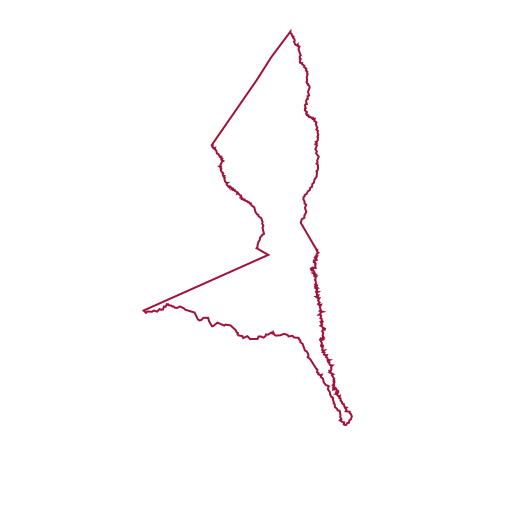 outline of Tahuamanu, Madre de Dios, Peru, rotated 246°
{"feature_id": "86281439B15199345066694", "entity_name": "Tahuamanu", "entity_type": "district", "adm_level": 2, "iso_a3": "PER", "parent_name": "Peru", "parent_adm1": "Madre de Dios", "projection": "albers", "projection_center": [-70.382, -10.903], "detail": "fine", "context": "isolated", "style": "outline", "palette": "rose", "viewbox_px": 512, "rotation_deg": 246, "n_neighbors": 0, "source": "geoboundaries", "source_scale": "gbopen_adm2", "svg_char_len": 6086}
<svg xmlns="http://www.w3.org/2000/svg" viewBox="0 0 512 512"><g transform="rotate(246 256 256)"><path d="M65.9,273.2L68.0,274.5L68.1,276.1L70.6,278.4L73.8,278.3L74.3,277.8L75.6,278.3L77.7,274.8L79.1,276.2L80.6,275.7L80.8,276.8L81.8,275.5L84.9,275.9L85.5,275.0L87.1,274.7L87.4,275.2L89.3,274.8L89.3,275.6L89.7,274.5L91.7,275.3L92.4,274.4L94.1,275.6L94.1,274.4L96.2,273.7L97.0,274.2L97.5,273.1L97.7,274.2L98.3,273.4L99.0,273.8L98.4,275.3L99.4,275.5L98.7,275.9L99.2,276.2L100.0,275.4L101.9,275.2L101.9,274.2L103.5,274.5L103.8,273.8L102.5,272.7L102.6,272.1L104.3,273.2L104.3,273.9L104.8,273.3L105.8,274.5L106.8,273.8L107.1,275.2L108.1,275.2L108.5,276.1L109.7,275.8L110.0,276.8L111.3,276.4L111.9,277.5L116.1,276.9L116.5,278.5L119.9,275.8L120.1,276.7L121.3,276.5L121.0,277.8L121.8,278.8L123.6,279.2L124.3,280.3L125.1,280.1L125.2,281.0L126.2,279.3L128.4,279.2L129.2,279.9L130.2,278.7L131.1,279.5L131.1,280.7L132.0,279.1L133.5,279.8L135.2,278.9L136.6,280.5L137.2,278.8L138.3,278.0L139.7,279.2L141.1,277.8L141.9,280.0L142.3,278.5L143.3,278.3L147.0,280.8L147.4,280.3L146.8,279.0L147.5,278.8L149.6,280.8L151.5,280.6L152.6,281.3L153.4,280.4L154.2,281.4L153.1,281.9L153.3,283.1L152.3,283.2L152.4,283.9L153.1,283.9L153.8,282.8L154.4,283.6L154.0,284.8L156.1,284.5L158.8,286.2L160.4,285.8L161.5,287.5L160.7,288.7L161.5,289.5L162.1,289.0L161.4,288.4L161.8,287.8L164.7,287.8L166.1,286.6L166.7,288.6L169.2,288.3L168.6,289.8L169.1,290.3L170.3,289.6L172.0,290.5L173.0,289.6L174.9,291.2L176.0,291.0L176.7,289.7L177.1,291.5L178.4,292.1L178.0,294.3L179.9,292.1L180.2,293.2L183.3,293.5L185.0,295.6L185.4,293.8L186.9,293.2L187.5,295.2L190.2,294.6L191.7,296.8L192.7,295.2L194.1,294.4L193.5,295.9L194.7,297.0L195.2,295.6L196.4,296.4L197.9,296.3L198.0,298.2L199.1,296.6L200.3,298.1L202.0,297.5L201.7,299.3L202.6,298.9L202.8,297.3L203.9,297.5L204.3,299.8L205.2,299.7L205.9,298.5L206.4,299.4L208.5,300.3L210.3,300.2L210.8,301.1L212.4,301.6L212.9,303.0L214.2,301.1L215.1,301.5L215.1,302.9L217.1,301.2L216.7,303.4L217.6,302.1L218.5,302.7L219.5,301.9L220.6,302.6L220.4,300.9L222.1,300.9L222.4,303.1L220.8,305.6L223.6,306.3L224.4,307.3L225.1,306.9L226.1,307.4L227.0,306.3L228.4,307.0L227.7,309.8L229.4,309.9L230.6,311.4L230.7,310.0L229.8,309.2L230.6,309.0L231.9,311.5L233.0,312.1L233.6,314.3L235.0,313.6L236.1,314.2L235.8,313.1L236.5,313.9L268.3,310.4L271.0,312.9L271.2,315.7L273.2,316.6L275.8,319.9L280.1,320.3L282.4,322.7L284.3,321.7L285.8,322.5L288.8,322.4L290.5,323.5L290.8,324.7L291.8,325.2L292.3,327.8L293.9,329.5L294.4,332.0L296.3,333.4L296.4,335.3L299.0,336.9L299.4,338.6L302.1,340.6L303.8,343.6L307.8,345.8L308.8,345.7L309.2,347.1L311.1,348.5L314.2,349.6L315.7,348.9L316.3,350.2L318.3,350.7L321.2,353.7L325.4,352.7L326.8,354.1L329.5,353.7L332.4,356.8L334.0,355.8L334.3,357.3L335.8,357.1L335.7,358.1L337.0,359.8L339.2,360.9L339.9,360.6L341.4,362.2L343.7,362.4L345.2,363.5L346.9,362.6L348.2,364.2L351.8,364.2L353.5,365.6L355.8,364.2L357.5,365.5L358.0,363.5L359.2,364.1L359.6,362.8L360.9,362.4L361.2,361.0L363.1,360.5L363.3,361.1L364.4,360.3L364.3,359.7L365.8,359.7L366.7,361.1L369.2,359.9L370.9,360.8L370.9,361.6L373.8,362.0L374.5,363.1L374.2,364.2L377.3,364.8L378.6,366.4L378.4,367.2L381.0,368.1L381.0,369.8L384.8,370.2L388.0,373.5L389.9,373.9L391.2,373.0L392.1,373.6L393.1,372.8L394.4,372.9L394.9,373.8L399.0,375.2L401.1,377.2L401.9,376.9L403.6,377.9L405.1,377.0L406.5,378.2L409.0,376.8L410.0,377.6L412.8,376.1L413.5,376.6L414.5,374.9L415.5,374.9L417.7,376.9L418.2,376.2L420.6,377.2L420.9,378.4L427.6,378.9L429.7,380.9L431.1,379.7L431.9,380.0L431.6,379.5L432.1,379.6L432.6,378.2L433.7,377.8L436.3,377.9L436.8,378.9L438.7,379.3L440.3,378.7L441.2,379.5L442.0,378.6L444.2,378.9L445.6,378.1L447.0,378.7L431.3,350.6L416.6,328.5L375.3,260.6L374.0,260.6L374.6,261.4L372.9,260.7L371.5,261.2L371.4,262.6L370.2,261.7L368.6,262.6L365.6,262.0L364.5,263.1L361.8,263.3L361.0,264.4L360.6,263.6L358.7,264.8L358.0,263.5L356.2,264.7L356.1,263.5L353.6,260.4L352.0,260.4L352.4,259.2L351.3,259.9L350.2,259.2L349.5,259.7L348.8,258.8L347.5,258.7L345.0,259.7L344.9,259.0L342.7,258.6L341.9,259.7L341.3,258.8L340.1,259.3L339.5,258.5L336.8,258.1L334.9,258.6L334.4,259.7L334.1,258.6L332.9,258.3L330.5,259.0L330.4,260.1L329.6,259.9L330.0,260.5L328.1,261.5L327.1,260.8L326.8,262.3L325.7,261.7L325.1,263.4L324.1,263.1L321.7,265.0L320.6,264.1L320.6,265.2L317.5,266.2L317.3,266.9L315.5,266.7L315.4,265.8L314.8,266.4L313.9,266.1L313.7,267.2L312.5,267.3L312.2,268.6L311.2,268.4L309.5,270.3L308.5,270.4L308.3,271.3L306.4,271.7L306.2,272.7L304.0,272.5L301.3,274.2L296.3,273.4L293.6,273.9L292.7,274.8L291.4,274.5L288.3,276.2L284.3,275.8L282.9,274.8L280.5,275.0L279.1,273.4L272.9,272.3L272.9,270.8L271.2,267.3L269.3,266.1L267.7,263.8L265.0,261.6L263.7,261.2L262.9,259.7L252.0,267.7L251.9,131.1L248.8,132.4L249.5,134.2L247.4,138.2L247.7,140.6L245.4,142.9L246.7,146.4L245.7,147.1L244.9,149.2L247.3,151.3L246.4,152.7L248.2,154.8L247.2,155.6L247.6,156.1L246.2,156.7L245.1,158.5L243.9,158.9L243.5,160.1L241.8,160.8L240.6,163.0L240.8,166.0L237.5,168.9L235.6,169.6L229.3,176.9L221.7,177.1L220.1,178.2L219.8,179.9L220.9,182.9L219.0,187.1L215.4,186.6L209.7,187.2L209.4,188.4L210.8,193.7L205.3,198.7L205.8,200.1L203.0,204.5L196.5,207.3L194.0,207.3L193.0,208.1L192.0,207.3L190.6,207.7L188.4,210.9L186.3,210.9L186.2,215.6L182.5,216.8L179.6,223.7L181.4,225.6L180.6,227.6L178.4,229.6L178.8,231.8L180.3,233.2L179.2,235.1L179.9,238.7L178.7,239.3L179.6,240.7L176.8,240.7L175.2,241.7L173.7,245.9L173.5,250.0L170.9,252.8L169.3,253.0L168.2,256.9L166.0,257.7L163.9,261.7L162.0,261.4L161.0,262.2L159.2,261.5L156.9,262.8L149.8,262.3L148.2,263.5L145.6,263.8L143.3,263.3L142.7,262.1L139.5,263.6L128.5,265.2L127.3,265.9L125.0,264.5L123.5,265.5L122.5,264.8L121.1,266.2L120.8,267.7L119.2,266.0L116.6,267.3L113.2,266.5L109.8,267.3L107.5,269.5L105.2,267.5L101.6,268.1L99.5,267.4L96.2,267.6L95.9,268.4L94.4,268.6L93.6,267.8L90.7,267.7L89.8,267.0L88.6,267.6L85.7,266.7L83.5,267.9L81.8,267.8L80.6,269.5L76.0,268.4L74.6,267.4L72.2,267.7L71.8,265.8L68.9,267.6L68.2,268.9L66.4,267.7L65.8,268.2L65.0,269.4L66.3,271.6L65.9,273.2Z" fill="none" stroke="#9f1239" stroke-width="2"/></g></svg>